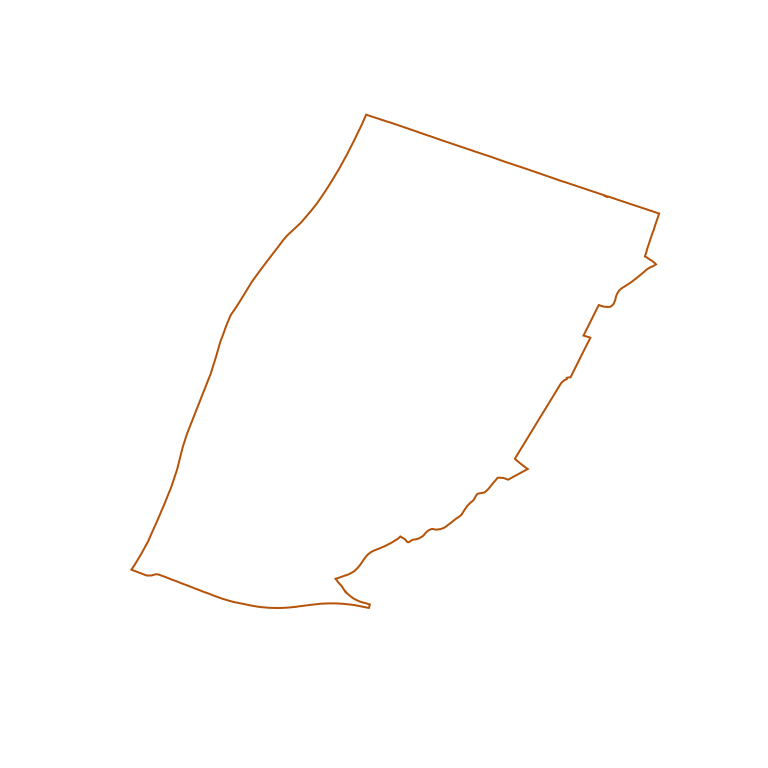 the district of Geertruidenberg, Noord-Brabant, Netherlands, rotated 304°
{"feature_id": "6326949B69937984570912", "entity_name": "Geertruidenberg", "entity_type": "district", "adm_level": 2, "iso_a3": "NLD", "parent_name": "Netherlands", "parent_adm1": "Noord-Brabant", "projection": "natural_earth1", "projection_center": [4.874, 51.696], "detail": "fine", "context": "isolated", "style": "outline", "palette": "amber", "viewbox_px": 768, "rotation_deg": 304, "n_neighbors": 0, "source": "geoboundaries", "source_scale": "gbopen_adm2", "svg_char_len": 6091}
<svg xmlns="http://www.w3.org/2000/svg" viewBox="0 0 768 768"><g transform="rotate(304 384 384)"><path d="M679.2,516.8L678.9,515.8L678.8,515.5L677.8,511.9L677.0,508.8L676.5,507.3L673.7,497.1L670.8,486.8L669.7,482.8L667.1,473.4L664.8,464.9L664.0,464.8L663.6,463.1L663.4,462.5L664.0,462.6L661.9,454.9L660.6,450.1L660.4,449.5L659.0,444.5L658.2,441.4L657.0,437.1L655.4,431.3L654.1,426.8L653.7,425.2L652.6,421.1L652.1,419.8L651.8,418.8L640.1,374.9L639.9,374.5L637.4,365.4L636.0,360.4L634.6,355.1L633.0,348.9L631.5,343.1L630.1,338.5L629.9,337.6L627.7,329.7L618.1,294.7L616.6,288.9L616.1,286.9L615.0,282.8L614.1,279.6L613.2,276.2L604.4,243.3L603.1,239.2L600.1,228.5L600.0,228.2L597.3,218.6L586.3,220.6L575.6,222.1L568.9,223.1L561.9,223.9L554.2,224.9L536.6,226.5L522.1,227.2L519.8,227.3L516.4,227.4L511.2,227.5L508.7,227.5L501.8,227.5L495.6,227.4L494.6,227.3L487.8,226.8L479.7,225.9L470.7,224.8L453.1,220.7L451.5,220.5L446.6,219.9L445.4,219.9L443.5,219.8L441.6,219.7L439.2,219.6L430.2,219.0L412.6,218.0L409.0,217.8L395.4,217.3L394.9,217.3L380.8,217.9L379.0,218.0L377.7,218.0L372.1,218.3L366.6,218.4L364.4,218.5L355.2,218.4L351.2,219.2L349.7,219.5L344.3,220.6L343.0,220.9L335.2,222.9L328.7,224.4L327.1,224.8L325.6,225.3L311.7,229.8L296.2,234.4L294.8,234.8L290.5,235.7L232.7,248.5L218.9,252.5L197.7,260.2L179.8,265.2L160.5,269.3L156.8,270.0L153.4,270.6L150.3,271.3L146.3,272.0L141.2,273.0L136.2,273.8L129.9,274.9L125.0,275.8L122.1,276.4L121.2,276.5L117.5,276.8L109.9,277.5L107.8,277.7L105.8,277.8L102.3,278.0L95.1,278.4L94.5,278.4L93.5,278.4L88.8,278.4L92.5,294.3L94.6,297.5L94.8,297.8L95.7,298.7L96.9,299.7L98.1,300.7L98.5,301.1L98.7,301.4L99.1,301.9L99.4,302.5L99.8,303.1L100.0,303.7L100.2,304.4L100.4,305.5L100.9,307.3L101.7,310.6L102.5,314.0L102.9,316.2L103.8,319.8L104.3,321.8L104.8,324.0L105.3,326.3L105.7,328.2L106.3,330.7L106.8,332.8L107.3,334.8L107.7,336.8L108.2,338.8L108.6,340.9L109.1,342.9L109.9,346.4L110.5,349.1L111.1,351.7L111.8,354.2L112.4,356.8L113.0,359.5L113.5,361.8L114.9,367.4L115.6,370.1L116.5,373.0L117.5,376.2L118.3,378.6L119.3,381.4L121.5,386.7L122.0,388.0L122.4,388.8L122.6,389.4L123.1,390.7L123.5,391.5L124.0,392.8L124.6,394.2L125.2,395.8L127.1,400.2L128.0,402.1L128.6,403.5L129.4,405.1L130.2,406.7L132.3,410.4L133.7,413.0L135.1,415.3L137.9,419.7L139.4,422.0L141.1,424.3L142.5,426.2L143.7,427.8L144.3,428.6L146.8,431.7L148.8,434.1L149.5,435.0L150.3,435.9L151.3,436.9L156.8,443.2L160.9,447.9L163.8,451.3L166.2,454.1L168.4,457.0L171.5,461.3L175.1,466.6L176.2,468.4L177.6,470.8L179.2,473.6L181.6,478.1L183.9,482.5L185.9,487.2L189.9,496.7L193.3,495.6L193.1,495.0L192.3,492.3L192.2,491.7L190.7,487.7L189.8,484.3L189.8,483.7L189.2,479.9L189.2,479.1L189.2,478.1L189.2,476.8L189.2,475.7L189.3,474.6L189.4,473.8L189.5,472.9L189.6,471.8L190.0,469.8L190.2,469.3L190.7,467.2L190.5,467.3L190.9,466.4L191.4,465.1L192.9,461.7L193.3,459.6L193.8,457.9L194.1,456.7L195.4,452.8L198.4,455.1L202.3,458.0L206.5,461.2L207.5,461.7L209.6,462.8L210.6,463.3L211.7,463.8L212.8,464.2L213.1,464.2L214.7,464.6L216.7,465.0L217.1,465.0L220.5,465.4L220.9,465.4L223.2,465.4L225.2,465.4L226.2,465.4L227.5,465.4L231.3,465.6L232.1,465.7L233.0,465.9L233.5,465.9L234.5,466.2L235.1,466.5L236.2,466.8L236.7,467.0L237.1,467.1L238.3,467.7L238.9,468.0L239.1,468.2L239.6,468.4L240.1,468.7L241.9,470.0L242.9,470.6L244.6,471.8L250.2,475.5L257.5,479.4L263.7,482.1L265.0,482.5L266.7,482.8L267.0,488.1L266.7,489.7L266.3,490.5L266.1,491.5L266.1,492.1L266.4,492.7L267.8,493.6L269.2,494.1L270.0,494.4L270.8,494.9L271.3,495.2L272.0,496.0L272.5,496.7L273.0,497.2L274.3,498.4L275.0,498.8L275.8,499.4L276.7,499.9L277.8,500.4L279.2,501.1L281.1,501.5L283.0,501.7L284.2,501.9L285.4,502.1L286.8,502.5L287.6,502.8L288.5,503.3L289.6,504.0L290.3,504.5L290.9,505.2L291.4,506.1L291.5,506.6L291.8,507.4L292.1,508.1L292.6,508.7L292.9,509.3L293.4,509.8L294.0,510.6L294.5,511.0L295.2,511.9L296.0,512.5L296.5,512.9L297.8,513.8L299.2,514.6L300.4,515.1L302.1,515.6L303.6,516.1L304.5,516.5L305.8,516.9L308.0,517.6L311.1,518.6L313.0,519.2L313.9,519.6L314.6,519.9L315.6,520.3L316.4,520.6L317.5,521.0L318.3,521.2L319.2,521.3L320.2,521.3L323.2,521.2L324.6,521.2L326.1,521.2L327.4,521.2L328.5,521.2L330.0,521.3L331.0,521.5L331.7,521.6L333.2,521.9L334.5,522.2L336.3,522.8L337.3,523.0L338.0,523.1L338.5,523.1L339.1,523.0L340.1,523.0L341.1,522.9L342.4,522.8L343.7,522.7L344.4,522.8L345.0,522.9L345.5,523.2L345.9,523.5L347.0,524.5L347.2,524.8L349.1,526.8L349.9,527.7L350.4,528.0L350.9,528.2L351.9,528.4L352.6,528.6L353.8,528.9L354.9,529.1L355.9,529.3L357.3,529.4L358.2,529.4L358.9,529.5L359.9,529.6L361.1,529.7L362.1,529.8L363.8,529.9L365.0,530.1L365.9,530.2L367.4,530.4L368.7,530.5L369.2,530.5L369.9,530.7L370.3,531.2L370.9,532.0L371.4,533.0L372.4,534.7L372.9,535.8L373.3,537.0L373.6,538.3L374.1,540.4L374.5,540.7L380.0,543.4L383.4,545.3L385.1,546.1L389.1,548.2L389.5,548.4L393.9,550.7L393.9,549.8L394.1,545.8L394.2,543.3L394.8,537.2L395.2,534.4L395.3,534.3L395.8,534.3L405.9,533.8L413.1,533.5L439.2,532.3L464.9,531.2L471.6,530.9L473.9,530.8L482.0,530.4L483.4,530.4L485.0,530.5L486.1,530.9L487.2,531.2L488.2,531.6L489.0,532.0L489.9,532.5L490.2,532.8L491.2,532.0L491.8,532.5L492.6,533.3L493.2,534.0L493.5,534.5L493.8,534.9L528.9,530.3L536.8,529.4L537.8,529.2L537.5,528.1L535.7,522.3L565.6,518.4L566.4,518.3L569.6,517.9L569.9,519.2L570.2,520.3L570.5,521.3L571.2,523.3L571.6,524.0L572.9,526.2L574.0,527.8L574.7,528.5L576.5,529.1L577.1,529.3L577.7,529.5L579.0,529.5L580.9,529.1L582.2,528.9L583.4,528.6L584.4,528.1L584.8,528.0L585.5,527.7L586.3,527.5L587.6,527.1L588.7,526.9L589.7,526.8L590.8,526.7L592.2,526.6L592.6,526.7L593.6,526.8L594.8,527.1L596.0,527.4L600.2,529.3L601.7,529.9L603.5,530.7L605.1,531.4L606.9,532.1L608.9,532.8L610.9,533.4L612.5,534.0L616.3,535.1L618.2,535.7L619.9,536.2L621.9,536.8L624.6,537.4L625.4,537.7L626.1,537.9L627.5,538.5L628.6,539.0L629.8,539.6L630.6,540.0L631.3,540.6L631.7,540.9L635.3,542.6L635.7,541.0L636.0,536.8L635.8,534.4L635.9,532.8L635.9,531.0L635.6,529.0L636.7,528.7L640.9,527.5L641.6,527.1L652.2,524.1L661.0,521.7L662.2,521.6L663.7,521.1L668.8,519.6L679.2,516.8Z" fill="none" stroke="#b45309" stroke-width="2"/></g></svg>